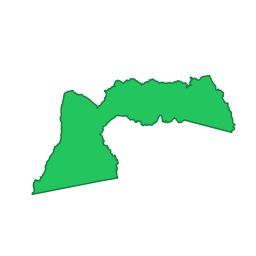 Pracuúba, Amapá, Brazil, rotated 350°
{"feature_id": "56859067B17599195278011", "entity_name": "Pracuúba", "entity_type": "district", "adm_level": 2, "iso_a3": "BRA", "parent_name": "Brazil", "parent_adm1": "Amapá", "projection": "natural_earth1", "projection_center": [-51.252, 1.606], "detail": "fine", "context": "isolated", "style": "filled", "palette": "green", "viewbox_px": 256, "rotation_deg": 350, "n_neighbors": 0, "source": "geoboundaries", "source_scale": "gbopen_adm2", "svg_char_len": 5848}
<svg xmlns="http://www.w3.org/2000/svg" viewBox="0 0 256 256"><g transform="rotate(350 128 128)"><path d="M22.7,176.7L92.9,175.3L104.8,175.4L109.2,175.2L109.0,173.7L108.7,173.1L108.9,170.6L109.3,168.8L108.7,168.1L108.6,167.3L109.0,167.0L109.5,167.2L110.0,167.1L110.3,166.5L110.5,166.0L110.3,164.8L109.8,163.6L110.1,163.0L110.1,162.2L112.0,161.1L112.3,160.7L112.3,160.2L111.9,159.7L112.1,158.3L111.9,157.5L111.3,157.4L110.7,157.5L110.8,156.6L111.1,155.8L110.7,154.8L110.7,153.8L110.3,153.5L110.4,152.8L110.0,152.6L109.7,153.0L108.5,153.1L108.2,152.4L107.7,152.0L107.9,151.2L106.6,149.5L107.0,147.4L106.5,146.2L105.5,145.6L104.5,144.4L105.1,143.9L104.6,142.3L104.2,141.8L103.3,141.6L102.3,140.9L101.4,140.9L101.1,140.4L101.2,138.9L100.8,138.6L101.5,137.5L101.2,136.9L101.5,136.4L102.1,136.6L101.2,133.9L101.4,132.7L100.9,131.0L100.0,129.6L99.5,129.4L99.7,129.0L101.7,127.7L103.2,125.8L103.4,125.1L103.1,124.2L103.7,122.5L104.3,122.1L105.0,121.9L105.7,121.9L106.5,121.5L109.2,119.1L109.6,118.8L110.4,118.6L112.0,117.3L114.4,116.1L116.4,115.4L118.7,113.9L120.3,113.7L121.3,114.4L122.8,114.5L124.1,115.1L126.6,115.7L127.4,115.5L128.3,115.6L131.5,120.2L131.9,120.4L133.3,120.4L134.3,120.9L135.0,120.5L135.4,120.7L135.8,122.6L136.3,123.4L136.7,123.7L137.4,123.8L137.9,123.4L138.4,122.6L138.8,122.6L139.5,122.7L140.3,123.4L140.8,123.4L141.7,124.6L141.9,127.0L142.2,127.5L143.1,127.8L143.5,128.3L145.5,127.4L146.3,128.5L146.9,128.4L147.9,128.7L149.0,128.2L150.4,128.9L152.0,129.4L152.6,129.1L154.6,127.6L155.5,127.8L157.6,126.3L158.9,124.7L159.3,123.6L161.3,121.3L161.7,121.0L162.2,121.3L162.9,122.0L163.6,123.3L163.5,124.0L163.1,124.7L163.4,125.6L163.1,126.9L163.3,127.6L164.1,127.6L164.8,128.7L165.5,128.8L165.9,128.6L166.2,128.0L166.8,127.8L167.6,129.3L168.0,129.6L169.0,129.3L171.7,129.0L172.2,128.8L173.3,127.6L174.1,127.0L175.2,125.9L176.1,126.9L176.7,126.9L177.3,128.5L178.2,130.2L178.3,131.0L178.8,131.3L179.9,131.6L181.5,131.6L182.0,131.1L183.7,130.4L184.9,130.0L185.5,130.2L229.3,150.3L229.5,148.9L230.6,148.4L231.4,148.3L232.7,147.3L232.8,146.1L231.7,145.2L232.0,144.4L233.3,144.0L233.7,143.7L233.8,143.1L232.3,141.7L232.1,140.8L232.4,139.4L232.6,137.8L232.1,135.3L231.7,134.8L231.6,134.3L232.2,132.6L232.3,130.5L232.0,129.5L231.0,128.3L230.8,127.7L231.0,126.2L230.9,125.6L230.1,124.5L230.1,123.9L230.6,121.1L230.2,120.6L229.4,120.7L228.7,120.6L228.1,120.1L226.4,116.1L226.2,114.9L226.3,114.2L227.2,113.4L227.5,111.9L227.7,111.2L228.1,110.7L227.9,109.8L225.7,107.0L223.8,106.6L223.7,105.6L223.1,105.5L222.6,106.2L221.9,106.3L221.4,105.8L221.1,105.2L221.4,104.0L221.5,103.0L221.3,101.7L221.1,101.0L219.3,98.2L218.7,96.5L218.0,92.9L217.3,91.8L217.5,90.6L210.3,90.4L208.6,91.1L207.3,92.8L206.1,93.1L205.5,93.1L204.8,92.8L203.8,91.5L202.1,90.4L200.6,91.3L200.2,91.2L199.6,89.6L198.7,89.0L198.1,89.3L198.8,91.1L198.7,92.4L198.0,92.5L197.5,92.9L196.8,94.0L196.8,94.8L197.4,96.3L197.4,96.9L195.7,96.2L194.6,97.7L194.1,97.5L193.1,98.5L192.6,98.3L192.5,97.8L192.7,97.4L193.1,97.5L193.7,95.6L193.1,94.4L192.3,93.5L191.8,93.5L191.3,93.9L190.4,93.5L189.9,93.7L189.7,93.1L188.9,92.2L188.0,91.9L187.0,90.8L186.5,90.7L186.1,90.4L185.5,90.5L185.0,90.2L184.4,90.4L184.2,90.9L183.8,91.3L183.3,91.4L182.9,91.1L182.6,90.6L182.2,90.5L179.9,91.5L178.7,91.5L177.6,90.8L175.0,90.4L173.4,90.8L172.8,90.4L171.8,90.2L171.1,89.8L170.3,89.0L168.9,89.1L167.9,88.8L167.1,89.1L166.7,89.1L164.8,87.0L163.9,87.0L163.0,86.3L161.4,84.6L160.3,84.0L159.9,84.2L159.4,84.8L158.6,84.8L157.4,84.3L157.2,85.0L156.3,85.9L155.6,85.9L155.0,86.1L154.5,85.8L154.0,85.7L152.2,86.4L151.7,86.9L151.3,86.9L151.1,87.4L150.6,87.5L149.9,87.1L148.9,87.9L148.6,86.8L148.3,86.4L148.0,86.0L147.5,86.0L147.2,85.6L145.8,84.5L145.6,83.8L145.2,83.3L143.4,82.5L143.4,81.7L142.9,81.0L141.9,80.9L141.2,80.2L139.8,80.0L139.0,80.3L137.2,81.6L136.7,81.3L135.9,81.3L135.3,80.6L133.5,81.7L133.0,82.3L131.2,83.2L130.5,82.6L129.7,81.4L128.5,80.7L127.5,79.9L126.7,79.7L126.3,79.3L125.9,79.3L124.7,79.8L124.2,79.7L122.5,81.9L121.8,83.2L121.8,83.8L122.2,84.6L120.1,84.5L119.4,84.7L117.2,86.4L116.7,86.0L115.3,86.3L114.6,87.2L113.3,87.5L112.7,87.5L112.3,87.0L111.5,87.3L111.4,88.0L112.0,88.3L112.4,89.0L112.5,91.3L112.0,92.9L110.3,94.5L110.0,96.5L108.4,97.7L106.8,98.4L105.8,100.0L104.3,101.2L103.5,100.9L102.4,101.6L101.4,103.0L101.0,103.0L100.8,100.9L101.0,100.4L100.6,100.0L97.8,97.2L96.5,95.3L96.1,95.0L95.6,93.9L94.6,93.2L93.9,92.1L92.5,91.1L91.9,90.3L90.7,89.4L90.1,89.2L89.4,88.6L88.3,87.1L87.6,86.8L85.1,86.7L83.9,86.2L83.6,85.5L82.5,84.4L81.3,84.2L80.7,83.1L80.2,81.8L79.5,81.4L77.8,81.7L74.7,81.6L74.1,82.1L71.9,82.7L70.9,84.0L69.4,88.6L68.2,90.8L67.9,92.4L67.2,93.7L66.6,94.0L66.4,94.5L66.3,95.5L65.5,97.2L65.4,98.1L64.9,99.9L64.7,103.0L64.5,104.0L63.2,106.0L62.9,107.0L63.1,108.7L62.9,109.2L63.1,109.9L63.5,110.4L63.6,111.1L62.8,114.4L62.7,115.7L63.0,116.2L62.5,116.5L62.2,117.1L62.4,118.7L61.8,119.9L61.8,121.2L61.1,122.2L60.6,123.5L60.8,124.3L60.5,125.3L60.6,125.9L60.1,127.0L59.9,127.8L59.1,128.8L59.2,129.4L58.7,129.7L58.4,130.5L58.0,131.0L56.8,131.4L56.6,131.8L55.2,132.5L54.7,133.4L52.6,133.8L52.6,134.3L51.8,135.2L51.8,135.8L51.3,136.1L51.1,136.7L51.1,137.3L50.8,137.7L50.7,138.4L49.9,139.2L49.7,139.9L48.1,140.8L47.7,141.4L46.5,142.3L46.5,143.0L45.9,143.2L45.7,143.7L45.3,144.0L44.9,145.2L44.3,146.0L43.7,146.5L43.1,146.5L42.7,147.0L42.2,147.2L41.0,150.4L40.3,150.7L40.0,151.3L39.6,153.7L39.8,154.4L39.7,155.1L39.2,155.3L38.5,156.1L38.3,156.8L37.7,157.2L37.3,158.3L36.2,158.8L36.2,159.6L35.8,159.8L34.4,161.4L33.3,161.1L33.4,162.4L33.2,162.8L32.3,163.5L31.9,164.5L31.5,164.7L30.3,164.5L30.0,163.9L28.7,163.6L28.2,163.2L27.7,163.1L27.2,163.7L26.6,165.2L26.3,165.4L25.8,165.3L25.5,165.6L25.6,166.1L25.3,166.6L25.2,167.1L24.8,168.1L24.7,168.8L25.0,169.4L24.8,170.6L25.0,172.3L24.9,172.9L24.3,174.7L22.6,175.5L22.3,175.9L22.2,176.5L22.7,176.7Z" fill="#22c55e" stroke="#15803d" stroke-width="1.5"/></g></svg>